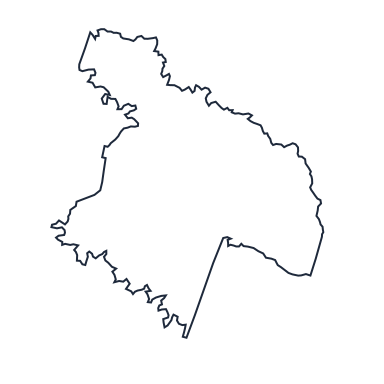 outline of Catanduvas, Paraná, Brazil, rotated 102°
{"feature_id": "56859067B59737068657378", "entity_name": "Catanduvas", "entity_type": "district", "adm_level": 2, "iso_a3": "BRA", "parent_name": "Brazil", "parent_adm1": "Paraná", "projection": "natural_earth1", "projection_center": [-53.163, -25.234], "detail": "fine", "context": "isolated", "style": "outline", "palette": "slate", "viewbox_px": 384, "rotation_deg": 102, "n_neighbors": 0, "source": "geoboundaries", "source_scale": "gbopen_adm2", "svg_char_len": 4020}
<svg xmlns="http://www.w3.org/2000/svg" viewBox="0 0 384 384"><g transform="rotate(102 192 192)"><path d="M231.6,57.1L208.8,55.6L206.3,56.0L204.0,55.2L201.8,56.1L198.8,57.1L197.0,59.5L194.9,60.5L192.2,62.2L189.5,65.3L184.0,65.2L180.0,65.6L176.4,63.4L173.2,64.7L172.4,67.9L169.9,70.8L167.5,73.3L165.1,75.9L162.9,77.4L158.6,76.2L154.6,77.2L151.9,78.4L149.9,80.4L147.3,80.0L144.0,83.0L140.5,86.8L136.4,88.2L134.6,91.9L135.1,94.9L132.6,96.7L129.8,96.7L126.3,97.6L123.8,100.6L123.4,103.7L125.5,106.3L126.8,108.6L129.0,111.2L127.0,114.5L127.5,119.7L129.2,122.5L127.4,124.7L123.8,126.5L121.4,129.1L119.0,130.6L119.9,133.4L117.6,135.4L114.6,137.0L112.5,138.8L111.9,142.6L111.5,146.0L110.5,149.5L108.9,152.6L106.9,150.8L104.6,149.3L103.5,153.1L105.5,158.3L105.3,162.8L106.4,166.2L105.8,169.7L103.5,169.3L104.3,172.6L102.3,174.9L104.8,177.9L103.7,180.5L101.6,183.7L98.8,187.6L101.0,191.7L104.1,193.4L100.7,196.6L97.5,198.0L93.8,197.1L90.6,194.6L87.6,197.4L87.2,200.9L89.9,203.9L87.7,207.1L86.7,210.2L89.2,210.8L92.6,210.5L94.7,212.3L92.1,214.7L90.0,217.0L93.4,220.4L95.1,222.8L92.7,225.8L91.2,231.4L92.0,235.6L92.3,238.6L87.2,237.8L83.3,237.7L81.3,239.1L83.2,241.2L85.6,244.1L82.9,246.7L80.1,246.2L77.5,246.5L74.5,245.3L71.4,247.3L70.3,244.7L67.5,245.7L66.0,248.2L63.9,250.2L65.1,253.2L61.7,254.1L62.0,258.3L59.1,257.5L54.7,256.8L51.0,257.5L48.3,259.4L49.6,262.2L51.3,267.0L52.0,270.5L49.9,273.9L51.7,277.7L54.6,279.1L56.5,280.7L55.8,285.4L56.1,291.2L55.0,293.8L52.1,295.2L51.9,298.8L52.6,301.7L51.9,304.5L52.6,308.0L51.0,311.6L51.7,314.9L53.6,318.0L55.8,316.6L58.7,315.8L59.4,318.6L62.4,318.6L59.0,321.9L57.0,324.7L73.6,326.5L90.5,328.8L93.6,328.3L96.0,327.4L96.6,324.3L93.8,318.7L92.4,313.3L95.5,311.2L97.9,311.3L99.0,315.1L102.0,314.9L105.7,316.8L105.8,312.0L109.8,308.4L107.8,303.4L107.9,300.2L111.3,294.7L114.2,292.6L114.2,297.3L119.4,299.7L124.1,296.9L123.6,293.8L119.8,294.1L116.5,294.3L117.7,290.6L116.9,286.3L119.8,283.9L123.5,281.6L126.5,282.1L125.6,278.1L121.8,276.6L119.0,272.6L120.5,268.8L119.2,265.4L122.2,263.9L124.2,265.8L126.1,269.5L128.4,270.5L130.3,273.6L133.2,270.1L131.8,266.4L132.8,263.7L136.0,259.0L138.6,258.6L140.0,261.4L140.6,265.5L142.5,268.4L144.0,271.9L147.6,274.0L150.0,274.9L152.7,275.7L156.7,278.0L161.1,281.6L163.3,282.5L165.3,283.9L165.2,287.1L176.7,287.1L176.8,283.5L189.8,282.7L201.0,281.9L209.4,282.1L215.1,286.8L225.5,302.9L229.9,302.7L234.8,307.3L238.6,306.8L241.6,308.0L244.0,307.3L246.7,307.5L250.1,309.5L247.5,316.2L251.3,318.4L253.1,322.1L255.6,322.2L255.6,316.5L253.6,311.9L255.8,308.7L258.2,307.8L260.6,308.1L262.5,313.4L264.9,315.5L266.5,313.1L267.8,308.5L270.7,308.0L269.1,305.3L269.1,300.1L267.8,297.2L267.9,292.3L273.2,295.2L274.8,293.1L277.6,291.2L283.1,290.3L282.6,287.1L285.5,284.2L285.6,281.2L281.4,280.9L277.0,280.4L273.7,281.8L271.6,280.1L273.2,276.9L275.8,275.4L276.9,272.4L273.3,269.6L271.4,266.9L269.0,265.6L267.4,263.6L270.5,262.9L273.7,264.6L277.0,262.5L278.6,259.2L281.8,254.8L282.7,250.3L286.5,253.3L289.2,250.6L293.3,248.4L296.4,249.2L294.2,244.8L294.0,240.6L290.7,238.0L294.7,233.9L300.5,236.4L301.8,230.8L304.1,228.5L301.4,227.1L299.7,224.7L298.0,220.8L296.5,218.7L294.0,218.5L292.3,216.7L295.3,214.4L297.3,212.0L299.1,216.6L301.3,214.3L305.6,211.7L308.9,212.3L308.6,209.1L305.5,208.5L302.7,205.3L300.0,200.4L298.6,196.1L301.6,197.2L304.6,199.6L308.2,198.0L309.8,200.4L312.6,200.9L315.0,200.1L313.2,197.1L312.0,193.1L314.7,191.0L317.4,189.3L319.7,189.3L322.3,193.7L325.4,192.7L330.1,190.7L327.6,188.1L321.6,185.5L318.7,185.4L315.8,184.6L317.0,180.1L320.8,180.0L323.6,177.4L324.2,173.8L323.1,170.6L326.4,170.5L330.6,170.6L335.5,170.9L335.7,167.1L312.0,163.6L257.1,156.5L230.5,151.9L228.8,148.1L229.6,144.4L231.4,147.2L234.2,146.1L237.3,145.4L235.6,143.4L235.7,140.2L236.1,137.4L235.5,134.7L232.4,133.0L234.2,130.3L233.8,126.0L234.0,120.1L236.1,114.8L237.3,109.6L240.9,106.0L240.7,100.5L241.3,96.5L243.8,94.5L245.7,92.9L247.0,89.4L251.1,80.8L251.7,76.6L251.7,70.7L250.9,67.9L248.6,63.5L249.1,58.8L231.6,57.1Z" fill="none" stroke="#1e293b" stroke-width="2"/></g></svg>